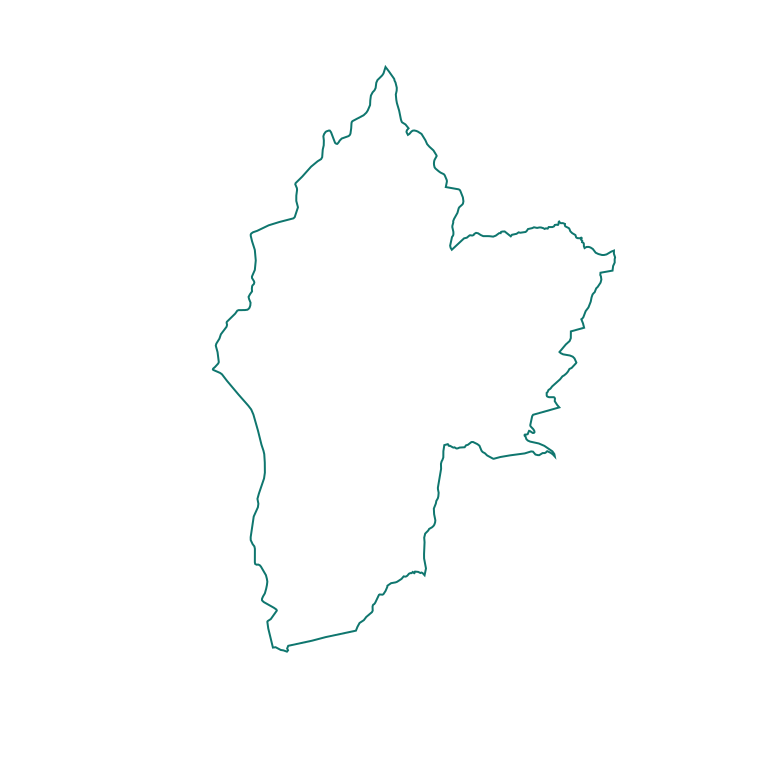 An Khe, Gia Lai, Vietnam, rotated 206°
{"feature_id": "81297802B94904539855050", "entity_name": "An Khe", "entity_type": "district", "adm_level": 2, "iso_a3": "VNM", "parent_name": "Vietnam", "parent_adm1": "Gia Lai", "projection": "orthographic", "projection_center": [108.675, 14.022], "detail": "fine", "context": "isolated", "style": "outline", "palette": "teal", "viewbox_px": 768, "rotation_deg": 206, "n_neighbors": 0, "source": "geoboundaries", "source_scale": "gbopen_adm2", "svg_char_len": 6163}
<svg xmlns="http://www.w3.org/2000/svg" viewBox="0 0 768 768"><g transform="rotate(206 384 384)"><path d="M544.2,322.1L543.7,321.8L536.2,322.1L533.9,321.7L526.5,318.0L510.3,310.8L496.4,305.0L492.2,302.9L488.0,299.3L476.7,286.7L467.5,275.7L463.1,271.2L460.9,268.5L456.8,261.3L452.2,252.1L450.4,246.5L448.4,230.7L447.4,225.3L444.4,221.3L443.3,217.9L443.0,207.8L436.7,187.9L435.4,185.3L431.9,182.5L429.3,181.2L427.8,179.3L421.9,167.1L420.9,165.8L419.4,165.7L417.8,166.6L416.1,166.6L414.5,165.9L406.3,160.4L403.9,157.6L402.2,155.2L401.1,152.0L400.2,148.5L399.3,143.6L399.6,140.1L399.5,137.6L399.0,136.3L398.4,135.9L396.5,135.3L384.8,134.6L381.8,134.1L381.0,133.3L382.7,123.1L384.6,119.9L384.6,119.1L380.9,113.6L368.3,98.4L366.0,99.9L360.2,99.7L357.6,100.5L353.9,100.9L353.5,102.6L355.1,103.8L355.3,106.7L336.2,121.7L325.4,131.0L301.1,150.0L301.4,154.1L301.2,158.5L298.6,162.9L297.8,166.9L294.8,173.7L294.8,175.3L296.7,178.9L297.0,180.3L296.9,181.0L296.3,181.9L296.0,183.5L296.1,192.2L295.7,192.9L293.0,194.0L292.4,194.8L291.9,198.6L292.1,203.1L292.5,204.2L290.3,208.1L286.6,210.8L285.5,212.0L282.8,216.5L282.0,219.7L280.4,220.2L279.6,220.9L279.0,222.0L278.4,224.4L277.4,225.6L276.3,226.1L275.8,227.6L273.9,227.2L273.7,227.7L274.1,228.7L273.9,229.0L270.9,230.1L268.4,230.1L267.6,231.0L266.5,231.0L263.7,229.9L265.4,236.6L271.5,244.8L273.4,248.6L278.2,259.6L280.5,263.5L281.4,267.6L280.0,271.7L279.9,273.5L278.0,276.3L277.3,278.1L277.1,279.6L277.4,282.0L278.1,284.0L281.9,289.0L284.6,293.9L285.0,299.3L285.7,301.8L285.5,304.8L285.9,306.8L287.2,310.2L289.4,313.1L290.1,314.4L295.5,332.8L297.8,337.2L298.3,339.7L298.2,341.3L298.5,344.0L301.2,349.7L303.0,355.5L300.3,357.9L299.6,357.7L299.0,357.0L298.3,356.9L297.4,357.4L294.4,357.2L293.5,357.4L292.8,358.0L290.8,357.8L290.2,358.0L289.3,358.7L288.2,360.0L283.8,362.5L283.4,364.8L281.9,366.2L280.0,370.1L278.6,370.9L273.7,370.9L271.2,370.4L267.1,366.8L265.5,366.1L263.0,366.0L260.0,365.0L253.5,364.7L252.6,364.9L247.4,369.4L239.3,375.2L227.1,383.3L222.2,387.9L220.4,388.5L217.0,387.0L214.6,387.5L213.3,388.1L211.2,391.4L209.2,392.4L208.4,393.6L208.1,394.8L207.6,395.2L204.0,395.2L201.5,394.8L198.7,393.7L200.2,395.7L203.1,397.3L212.8,398.7L218.8,398.4L227.4,396.3L229.9,396.2L231.8,396.8L233.8,398.8L234.7,399.0L235.3,399.7L235.1,400.4L233.9,400.9L232.9,401.9L233.1,405.5L232.5,405.7L228.9,405.2L227.9,405.7L227.6,406.5L228.1,407.5L229.3,408.4L230.2,408.9L233.7,410.2L234.5,411.1L236.7,420.0L236.5,421.7L216.2,439.8L219.2,441.1L223.0,443.4L224.0,445.9L224.8,446.5L225.6,446.6L229.9,444.5L231.6,444.3L232.2,444.5L232.8,445.1L233.9,447.3L233.5,448.2L233.5,450.8L232.4,452.7L231.8,455.6L227.8,465.4L227.0,469.1L225.9,470.7L224.7,473.4L224.1,475.8L223.9,478.8L222.4,480.7L220.5,487.0L220.5,487.6L224.0,490.5L226.3,491.3L229.4,491.1L236.0,489.2L238.7,489.2L240.3,489.7L237.9,499.3L236.0,504.0L236.2,507.1L239.1,513.2L228.8,522.3L231.7,525.7L235.0,528.7L234.5,529.6L234.1,531.4L234.7,537.9L233.8,542.4L234.3,548.6L235.4,552.8L235.8,555.9L235.4,557.6L234.9,558.8L235.2,563.0L234.5,564.9L233.8,570.0L234.4,573.1L236.2,575.8L237.4,576.8L238.2,578.9L228.3,586.1L229.8,590.5L229.9,594.3L231.4,597.3L231.8,599.1L234.5,601.9L235.8,604.7L237.7,602.7L240.8,598.0L242.8,596.4L244.7,595.5L248.3,594.8L251.3,594.8L255.5,596.9L258.1,597.2L259.9,597.0L261.0,596.5L262.1,595.9L263.3,594.1L264.7,595.4L265.9,597.7L266.7,598.3L268.2,598.3L268.6,599.6L270.1,600.1L270.2,601.7L270.5,602.0L270.9,602.0L271.9,600.8L274.1,599.9L274.9,599.9L275.5,600.0L277.3,601.8L281.0,602.1L283.4,602.9L285.4,604.7L286.2,605.1L290.2,605.2L291.0,605.9L291.5,607.2L293.7,607.0L295.5,606.1L296.6,606.2L297.8,606.8L298.0,606.3L297.2,603.8L297.4,603.2L298.8,602.8L300.2,601.8L300.3,600.2L301.4,598.9L304.8,597.2L305.0,595.4L306.7,594.9L307.6,593.8L309.1,593.9L311.5,593.5L313.0,592.8L314.8,591.4L317.9,590.6L319.1,589.1L322.5,586.4L322.8,584.2L323.4,582.7L327.8,579.7L329.5,579.3L330.7,577.1L334.4,574.2L334.8,572.3L342.4,574.0L344.3,573.0L345.4,572.1L345.3,570.7L346.6,570.1L348.6,566.3L350.5,564.3L354.0,563.1L359.7,560.4L362.3,560.3L365.5,560.7L367.5,560.2L368.6,558.5L368.8,557.1L369.8,556.1L371.9,555.4L372.4,554.7L373.7,551.8L375.9,550.0L381.9,534.4L383.8,535.6L385.2,537.3L387.3,545.9L387.0,547.8L387.3,549.1L388.3,551.1L391.4,555.0L391.9,556.2L392.5,559.4L393.2,560.7L393.4,563.1L393.0,570.0L393.9,574.7L393.8,575.9L392.3,579.6L392.1,580.7L392.7,583.0L394.9,586.3L399.9,590.9L401.0,591.6L402.2,591.7L414.8,588.1L416.2,593.5L416.9,594.7L420.9,598.2L422.2,598.8L425.9,598.8L428.2,599.2L432.1,600.2L433.5,600.9L434.9,602.6L435.8,604.1L436.6,606.3L436.8,607.6L436.6,611.9L436.9,612.4L441.9,615.6L447.3,617.2L450.4,618.5L453.6,621.2L459.9,625.2L464.3,625.7L466.0,625.6L468.0,625.1L469.2,624.3L470.0,623.0L470.8,619.9L471.7,618.4L474.0,620.1L474.5,620.9L474.6,622.4L474.0,624.6L478.5,626.7L482.4,627.1L483.1,627.5L484.7,629.1L490.2,636.3L495.6,642.2L497.5,644.8L500.3,649.4L501.2,653.2L502.4,655.9L505.8,660.0L507.5,661.3L508.6,662.7L516.4,667.0L521.6,669.6L520.6,662.9L520.9,660.6L523.1,654.3L523.0,651.4L521.3,646.4L521.3,643.8L522.1,641.2L522.2,637.5L520.7,633.0L518.8,628.6L518.5,622.8L518.8,620.2L520.1,616.7L527.6,606.4L527.8,605.1L527.4,603.8L525.6,599.5L523.9,594.3L523.9,592.8L524.5,591.3L529.6,586.1L530.5,583.4L530.7,581.4L531.2,579.4L532.1,579.0L533.7,579.3L541.9,587.0L543.8,588.0L544.6,587.7L546.5,585.8L547.0,584.9L547.4,582.4L547.1,580.1L544.8,576.5L542.8,572.1L541.8,567.8L539.0,560.8L539.1,558.6L541.3,555.1L544.8,547.4L548.4,534.6L551.5,525.8L551.3,524.6L548.1,521.8L547.2,520.3L545.4,514.9L543.1,510.1L538.8,505.1L537.4,494.9L538.0,493.2L549.1,483.7L557.2,476.1L565.1,466.1L568.2,463.0L569.3,461.0L569.3,459.9L568.7,458.7L565.2,454.5L558.9,447.9L553.4,438.8L550.1,429.9L549.8,422.7L549.1,421.4L545.8,419.3L545.0,418.3L544.8,416.7L545.4,415.0L545.4,414.1L544.5,411.6L543.2,409.4L543.8,406.0L543.9,402.9L542.5,401.2L539.6,398.6L538.6,396.0L538.3,393.6L538.7,392.0L539.3,390.9L541.4,389.5L547.1,386.6L548.0,385.6L548.6,382.0L552.5,371.0L552.3,370.0L551.0,368.4L550.6,366.4L552.4,357.2L551.8,352.6L552.4,346.8L552.0,344.7L547.6,339.7L542.1,331.3L542.0,329.8L543.3,325.3L544.3,322.9L544.2,322.1Z" fill="none" stroke="#0f766e" stroke-width="2"/></g></svg>